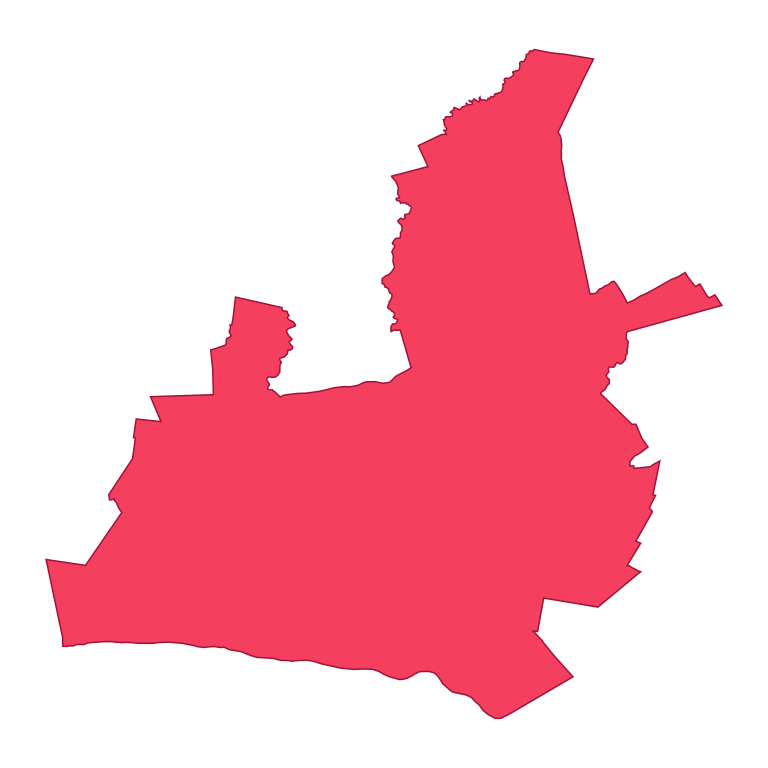 Belint, Timis, Romania (Equal Earth projection)
{"feature_id": "2599482B7232591978700", "entity_name": "Belint", "entity_type": "district", "adm_level": 2, "iso_a3": "ROU", "parent_name": "Romania", "parent_adm1": "Timis", "projection": "equal_earth", "projection_center": [21.773, 45.781], "detail": "fine", "context": "isolated", "style": "filled", "palette": "rose", "viewbox_px": 768, "rotation_deg": 0, "n_neighbors": 0, "source": "geoboundaries", "source_scale": "gbopen_adm2", "svg_char_len": 6064}
<svg xmlns="http://www.w3.org/2000/svg" viewBox="0 0 768 768"><path d="M501.6,718.0L505.3,715.9L506.2,715.9L573.0,676.8L552.9,654.4L542.8,641.8L542.4,640.9L533.2,631.0L537.6,631.5L543.7,598.1L597.9,607.1L640.7,571.6L638.0,570.9L634.2,568.6L632.1,567.8L629.6,565.9L627.1,565.5L640.7,543.2L635.9,541.2L652.3,512.0L651.9,510.8L650.0,508.8L649.5,507.5L655.5,495.4L653.0,494.7L659.8,461.0L652.9,464.7L650.6,466.7L634.0,468.4L633.7,465.8L629.8,465.9L629.9,461.7L634.3,456.3L639.7,453.3L648.0,447.1L641.8,438.1L635.9,424.2L631.9,424.3L600.5,393.6L601.8,391.8L605.1,389.4L607.3,385.3L608.9,384.1L609.4,381.7L609.4,379.8L608.6,378.8L607.1,377.7L606.1,375.0L608.7,372.2L608.9,371.6L608.3,369.5L608.6,367.7L609.6,366.9L613.0,367.2L614.3,366.8L616.5,362.9L617.7,362.8L619.9,363.8L620.9,363.9L623.2,362.1L625.5,359.0L625.8,355.5L627.1,353.5L627.3,352.7L627.2,348.7L627.9,346.8L627.8,344.4L628.3,341.7L626.3,339.1L626.3,334.1L626.9,332.3L627.9,331.5L721.9,305.4L714.9,294.8L709.9,297.5L708.6,297.5L706.3,294.7L699.9,284.0L695.3,286.5L688.3,277.6L685.2,272.5L678.2,276.8L671.1,279.6L651.4,290.8L644.6,294.3L640.4,296.0L633.8,300.1L627.3,303.0L622.8,294.2L616.6,284.4L614.0,281.3L611.9,281.7L608.7,284.5L604.6,286.2L601.7,288.3L599.3,289.1L596.9,292.1L595.1,293.5L589.9,293.7L573.6,216.2L564.4,175.8L563.2,167.4L561.2,158.7L561.5,156.3L561.2,154.4L561.6,152.9L560.9,150.9L561.5,148.6L561.7,144.3L561.1,141.0L561.3,139.7L560.2,135.7L558.0,132.3L584.1,77.6L593.5,59.0L565.9,54.4L551.4,52.9L534.7,49.6L534.1,49.6L531.9,51.5L530.7,50.7L530.1,50.8L529.1,52.0L529.2,53.0L528.8,53.7L526.4,54.3L525.9,57.9L524.0,61.3L522.7,61.7L521.4,61.4L519.8,62.5L519.6,63.3L519.9,65.8L519.6,68.1L518.9,69.8L517.8,70.9L516.0,70.5L515.1,71.5L513.1,71.6L512.7,72.5L513.7,74.7L513.2,75.5L509.4,78.2L505.2,78.3L504.6,78.9L504.1,80.0L504.3,80.8L505.0,81.5L505.1,82.9L502.7,84.2L503.1,85.7L502.6,89.0L501.8,91.0L500.6,92.4L496.9,93.4L497.9,93.7L495.3,93.8L494.6,94.4L494.0,96.5L492.8,97.1L491.0,96.5L489.6,98.6L488.1,98.3L487.6,99.8L486.2,100.8L484.7,100.0L480.9,99.8L480.3,98.8L480.0,97.1L479.2,98.2L479.6,100.9L478.8,101.6L477.1,101.1L474.2,98.9L472.6,100.9L470.8,101.3L469.3,100.5L469.2,101.2L469.8,101.7L472.0,102.0L472.5,103.9L470.3,104.8L467.7,104.4L466.4,103.2L466.2,103.8L466.7,104.7L466.0,106.0L462.6,106.7L460.0,109.4L459.2,109.6L454.2,107.4L453.5,109.7L450.2,112.2L450.6,112.7L452.0,113.0L452.7,114.1L452.2,116.1L448.9,116.9L446.1,116.7L445.1,117.9L444.7,119.4L443.3,119.8L443.8,120.6L443.8,121.7L444.4,123.1L444.2,123.7L444.6,125.4L447.0,129.1L446.5,130.0L445.3,130.3L444.0,130.0L443.8,130.7L445.0,131.4L446.3,134.4L443.5,134.2L440.7,135.0L418.3,145.6L427.9,166.6L391.7,176.1L391.6,176.5L392.1,177.2L396.2,181.9L396.3,183.1L397.6,185.1L398.5,188.5L398.5,189.1L397.9,189.8L397.8,192.6L397.4,193.7L399.7,197.2L398.8,197.8L396.2,198.4L396.1,199.5L396.8,200.5L399.5,200.8L400.5,203.3L402.2,202.5L403.7,203.2L405.4,202.5L406.6,204.1L408.1,204.2L408.7,204.7L409.0,205.6L411.0,206.3L411.3,206.8L411.4,208.2L409.2,213.4L408.0,214.0L405.2,214.4L404.7,214.9L404.5,216.1L405.2,217.4L404.7,218.4L402.8,219.3L400.7,218.2L397.8,220.8L398.8,222.9L401.4,224.9L402.3,229.7L400.5,232.7L400.3,237.6L398.8,238.2L396.0,238.3L394.6,239.5L392.3,243.2L392.6,243.9L394.4,245.1L394.8,245.9L394.5,247.4L393.3,248.8L391.8,252.0L393.0,254.5L393.3,256.7L392.9,261.7L394.1,265.0L394.4,267.5L391.8,271.6L389.5,274.1L388.5,274.9L386.3,275.5L382.4,278.4L382.0,280.4L382.3,281.8L382.0,283.4L383.5,284.1L384.6,285.3L385.1,287.3L386.8,287.4L388.6,289.5L389.7,292.9L391.8,294.0L392.0,296.0L391.4,298.5L390.6,299.4L390.5,300.8L389.1,301.5L389.3,303.2L388.2,305.3L387.7,307.7L388.5,308.7L390.1,309.3L391.7,311.1L394.5,312.7L394.3,316.0L393.2,316.9L393.4,317.6L394.3,318.4L396.8,319.1L397.7,320.0L396.0,323.4L395.2,323.8L392.8,323.9L391.5,325.6L390.9,327.3L391.0,331.5L391.6,331.6L393.5,330.1L398.4,330.3L400.2,329.9L410.6,366.1L411.5,367.3L407.4,370.2L396.0,376.1L390.2,381.9L387.2,382.8L382.4,383.2L374.9,381.6L366.3,381.8L363.2,382.7L358.5,385.1L354.3,386.1L349.5,386.8L344.4,386.6L334.9,387.6L320.2,391.2L305.7,393.2L297.8,393.4L286.7,394.7L283.3,395.3L280.3,397.0L274.7,391.6L272.9,391.0L272.5,389.8L269.5,390.0L267.7,389.1L267.9,386.9L269.5,384.9L269.5,384.3L266.9,380.4L266.8,378.6L268.6,377.0L270.0,376.9L272.0,377.4L274.7,377.2L275.9,376.8L277.6,375.3L279.8,372.1L279.9,365.1L281.3,362.5L280.0,360.2L279.6,358.8L280.4,358.1L284.5,356.9L287.4,353.7L287.7,352.0L287.6,350.6L290.7,349.9L292.2,348.9L292.7,347.4L292.6,346.6L290.9,344.9L289.1,342.2L289.3,341.5L291.4,340.1L292.0,338.9L288.6,335.6L286.5,331.5L287.0,330.0L288.2,328.8L295.0,326.1L295.5,325.4L295.4,324.9L293.1,321.7L289.3,319.9L287.5,318.1L287.4,317.2L289.0,315.6L287.5,313.2L287.1,311.5L285.7,311.0L282.7,310.8L282.1,309.6L282.0,307.6L235.5,297.1L233.2,316.6L231.8,325.0L230.0,324.9L230.4,326.6L230.3,328.7L229.1,331.4L230.8,335.1L230.9,336.2L229.7,337.2L226.6,338.6L226.2,340.1L226.2,344.0L224.8,345.3L213.7,349.2L210.7,349.9L212.7,369.2L213.4,394.7L150.5,396.7L161.0,421.6L136.2,419.0L133.5,437.7L135.4,438.0L135.3,438.8L132.5,458.7L108.6,494.9L109.0,495.9L109.5,499.9L111.4,499.8L114.2,498.8L114.1,500.2L116.2,502.3L119.0,508.6L121.8,512.5L85.4,565.4L46.1,559.5L62.6,637.4L62.8,646.3L66.6,646.5L70.1,645.8L72.3,646.0L73.7,645.8L76.4,644.5L84.3,644.5L87.1,643.2L89.2,642.8L102.4,641.7L112.0,641.6L116.5,642.4L119.8,642.3L121.4,642.7L127.1,642.3L139.0,643.3L154.0,643.3L158.0,642.5L169.4,642.2L182.3,643.3L194.5,645.7L197.9,646.7L203.1,647.4L213.8,646.5L220.6,647.5L224.1,647.2L227.8,649.0L230.6,649.9L241.1,651.6L250.9,655.6L257.2,657.4L273.5,658.4L280.9,660.4L288.7,660.5L291.5,661.2L299.5,660.4L307.0,660.3L312.5,661.0L322.0,664.0L340.7,668.1L353.8,669.4L362.8,669.0L372.4,669.3L378.6,671.3L383.5,674.1L388.8,676.5L399.3,679.5L403.0,679.3L407.2,678.2L413.1,675.2L414.0,674.3L419.6,671.7L425.5,671.4L429.7,671.6L434.1,672.9L436.1,674.4L438.4,676.8L442.9,683.9L451.6,691.5L453.3,692.3L465.6,694.8L469.7,696.6L471.8,697.8L475.2,701.6L479.1,704.8L483.0,710.3L487.7,714.2L495.1,718.3L499.4,718.4L501.6,718.0Z" fill="#f43f5e" stroke="#9f1239" stroke-width="1.5"/></svg>